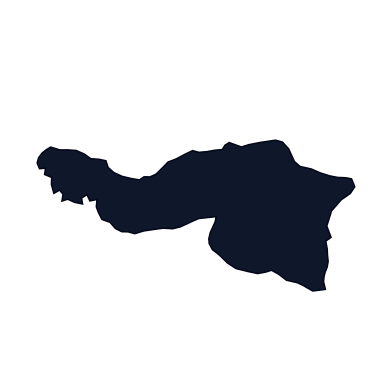 the district of Areiópolis, São Paulo, Brazil, rotated 283°
{"feature_id": "56859067B34609023861166", "entity_name": "Areiópolis", "entity_type": "district", "adm_level": 2, "iso_a3": "BRA", "parent_name": "Brazil", "parent_adm1": "São Paulo", "projection": "robinson", "projection_center": [-48.654, -22.616], "detail": "fine", "context": "isolated", "style": "filled", "palette": "ink", "viewbox_px": 384, "rotation_deg": 283, "n_neighbors": 0, "source": "geoboundaries", "source_scale": "gbopen_adm2", "svg_char_len": 1512}
<svg xmlns="http://www.w3.org/2000/svg" viewBox="0 0 384 384"><g transform="rotate(283 192 192)"><path d="M204.0,44.2L200.5,40.6L196.3,37.2L190.8,34.8L185.4,34.6L180.4,38.2L182.2,43.9L175.9,44.4L174.6,52.0L167.7,53.3L159.6,57.7L164.0,62.5L160.9,66.8L153.9,67.3L157.0,72.5L155.5,80.0L155.7,88.1L161.1,85.8L165.8,90.2L160.3,94.5L163.3,101.1L156.0,102.1L150.7,105.6L145.0,110.5L144.0,118.9L139.2,125.6L137.5,132.5L138.8,138.7L138.5,145.6L143.2,153.8L147.6,165.0L150.3,172.2L151.8,181.3L155.4,188.5L163.8,199.3L167.6,204.4L173.4,221.0L168.2,221.3L156.5,218.9L150.2,218.9L145.5,220.4L140.4,224.9L136.9,232.5L130.7,242.7L127.3,252.1L127.1,265.0L127.3,274.3L130.4,281.6L133.6,287.0L131.5,294.6L127.3,303.9L127.3,315.0L126.0,321.0L122.7,331.9L127.1,343.9L134.4,340.3L139.3,339.7L144.0,339.8L149.0,340.6L154.9,340.3L161.4,338.1L166.9,336.6L174.2,333.4L179.1,337.7L184.8,333.9L189.2,331.0L196.8,331.6L204.9,332.2L217.9,339.1L226.2,346.6L233.7,349.4L240.7,344.5L240.5,338.7L239.0,330.7L238.7,322.3L239.5,312.6L241.3,302.9L241.2,291.5L244.8,284.9L249.6,281.2L255.9,276.4L261.0,268.9L261.3,261.7L255.6,247.2L250.9,236.7L247.0,230.0L247.8,223.3L248.6,217.1L244.9,213.5L240.2,212.0L237.9,205.0L234.7,197.5L232.2,189.7L232.5,183.3L227.5,177.0L220.7,169.2L215.8,161.9L209.5,158.1L201.3,152.9L197.3,147.7L196.0,141.8L192.0,138.1L191.5,130.0L191.5,120.6L193.4,111.4L197.0,104.8L203.1,101.1L203.0,94.2L201.7,85.8L204.8,78.5L206.4,69.8L205.1,61.4L203.3,53.8L204.0,44.2Z" fill="#0f172a" stroke="#020617" stroke-width="1.5"/></g></svg>